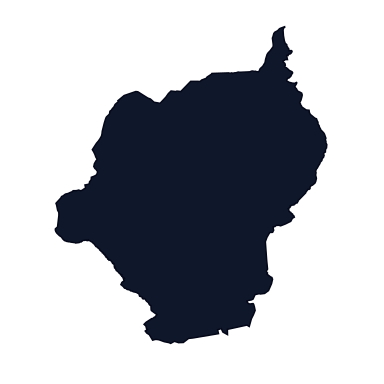 the district of Salciua, Alba, Romania, rotated 80°
{"feature_id": "2599482B68238246130084", "entity_name": "Salciua", "entity_type": "district", "adm_level": 2, "iso_a3": "ROU", "parent_name": "Romania", "parent_adm1": "Alba", "projection": "albers", "projection_center": [23.391, 46.392], "detail": "fine", "context": "isolated", "style": "filled", "palette": "ink", "viewbox_px": 384, "rotation_deg": 80, "n_neighbors": 0, "source": "geoboundaries", "source_scale": "gbopen_adm2", "svg_char_len": 5891}
<svg xmlns="http://www.w3.org/2000/svg" viewBox="0 0 384 384"><g transform="rotate(80 192 192)"><path d="M314.0,262.2L316.0,260.7L318.8,260.5L319.6,259.8L320.2,260.8L320.7,261.2L320.8,261.5L320.5,261.6L320.8,262.2L323.0,261.1L325.1,258.8L331.1,256.5L330.8,253.8L331.1,252.2L331.8,250.2L334.6,245.3L336.4,240.7L337.4,239.3L336.0,235.3L337.8,231.8L338.0,231.6L338.7,226.7L335.6,220.8L335.9,216.4L336.1,190.5L332.1,190.7L331.6,186.9L335.3,185.9L338.6,181.8L333.4,181.0L332.6,161.0L334.4,159.0L327.1,155.5L323.6,152.9L319.6,150.4L315.8,150.5L313.3,150.8L312.8,151.0L312.5,151.3L312.6,151.5L312.4,152.2L312.4,154.1L312.0,155.3L311.4,155.9L310.5,156.6L308.9,156.8L308.6,154.6L308.6,152.3L308.1,150.5L304.0,147.7L303.8,143.6L304.3,142.4L304.5,138.1L302.4,133.8L296.1,129.6L291.8,127.8L290.7,128.2L290.1,128.1L289.2,129.4L285.9,132.4L284.9,131.7L283.9,132.4L282.6,132.4L281.1,131.0L272.1,130.3L253.7,128.4L249.7,126.1L245.4,122.5L245.7,119.6L243.8,118.2L241.9,118.3L240.3,118.0L240.5,116.5L239.5,114.8L239.9,112.3L240.7,110.6L239.7,105.6L238.0,99.8L235.3,97.7L234.6,95.6L233.0,95.9L231.7,97.0L231.1,96.9L230.3,97.9L229.2,98.3L228.6,99.2L227.5,99.9L226.5,99.7L225.2,100.2L224.9,99.3L224.1,98.6L224.2,98.3L223.4,97.5L222.7,97.6L222.4,97.3L222.5,96.6L222.2,96.2L222.4,95.6L222.1,94.7L222.5,94.0L221.8,93.5L221.8,92.9L221.5,92.8L221.4,92.3L220.8,91.7L220.8,91.3L221.1,90.8L220.8,90.1L220.2,89.9L219.7,89.2L218.7,89.0L218.2,88.0L212.6,80.2L211.9,79.9L209.5,77.3L209.7,76.1L209.2,75.2L207.8,75.0L206.3,73.4L206.2,72.2L204.6,69.4L203.0,68.3L200.1,67.1L196.8,67.3L194.6,66.5L192.9,66.6L191.0,65.5L190.2,64.5L188.4,63.1L186.2,61.1L185.1,60.7L183.6,58.7L181.7,57.9L180.6,56.4L178.7,55.5L177.4,55.9L176.4,55.2L175.8,53.7L173.9,53.3L172.4,52.6L172.0,51.9L168.7,51.0L166.7,51.6L165.5,51.3L163.6,51.6L162.3,50.8L158.0,51.5L156.5,52.1L153.1,54.4L152.2,54.5L150.3,55.2L148.7,55.3L147.0,56.1L145.1,55.8L143.8,56.3L141.5,56.7L140.6,58.2L136.1,62.0L134.1,62.6L131.8,62.5L131.1,65.2L127.4,69.0L126.1,69.3L124.9,70.0L124.3,69.8L122.9,70.5L120.4,68.7L117.2,67.2L115.6,66.6L113.7,66.8L112.7,67.9L111.4,69.9L110.4,70.7L108.8,71.1L106.8,72.3L105.8,72.3L103.4,70.2L102.4,69.9L102.2,70.1L102.8,71.9L102.3,74.0L100.8,77.3L99.1,79.3L98.1,79.3L97.1,78.4L96.3,77.5L96.6,77.1L96.5,76.5L95.1,74.5L93.3,73.3L92.5,72.4L92.1,72.2L90.9,72.6L89.2,75.0L87.0,76.6L86.0,77.5L85.6,78.3L85.1,78.6L83.9,78.8L83.5,78.1L81.8,78.1L81.0,78.5L80.1,79.6L78.5,79.5L78.6,78.5L77.8,77.2L78.2,75.0L74.2,75.1L73.9,74.7L74.3,73.7L73.6,73.3L73.1,72.6L73.1,71.4L72.6,70.4L71.2,69.1L70.3,69.2L70.0,69.5L69.7,71.9L67.6,71.9L66.9,72.4L65.8,72.7L65.1,73.2L63.3,73.1L62.5,73.7L62.1,74.3L59.1,74.8L53.9,74.8L48.3,74.2L46.3,73.2L45.9,72.1L45.3,72.1L46.1,76.5L46.4,77.5L48.0,79.6L49.0,82.7L50.1,83.9L52.9,85.2L54.4,86.1L60.6,86.4L62.0,86.6L63.0,86.9L66.3,90.3L68.2,92.9L69.6,94.2L73.9,96.4L77.2,97.6L80.5,100.5L82.4,103.5L84.6,104.9L85.2,105.7L84.7,107.5L84.1,108.5L84.0,110.0L83.4,111.1L83.3,112.4L83.7,114.2L82.4,124.1L81.9,125.7L82.2,127.8L82.0,129.9L82.4,131.5L81.6,132.0L81.7,134.0L81.1,135.1L78.7,151.8L79.4,152.5L81.4,157.2L82.5,158.2L83.4,163.1L84.5,164.7L82.8,174.1L91.1,185.6L90.0,189.4L90.3,190.5L88.9,195.1L90.9,198.1L94.0,201.2L99.1,208.0L97.0,213.8L93.2,216.8L91.8,219.2L83.9,227.9L83.3,229.9L85.2,242.1L89.2,249.1L89.9,248.7L90.6,249.5L92.4,252.5L94.4,253.9L95.1,254.6L95.8,255.7L97.4,257.2L98.2,258.8L101.0,259.8L103.2,263.2L104.4,264.1L108.9,266.4L116.5,269.8L119.3,270.6L121.3,271.5L123.7,273.5L125.7,275.5L127.4,277.6L133.0,282.8L135.5,281.8L138.5,281.0L140.7,280.7L143.2,279.8L143.8,280.1L144.8,281.3L147.3,283.3L149.2,284.0L149.6,284.3L151.1,283.9L152.2,283.4L152.7,282.8L155.1,281.6L155.9,281.5L157.9,282.6L158.6,283.2L159.4,285.4L160.0,288.6L162.3,289.1L164.4,291.3L166.0,291.6L166.4,293.1L166.5,296.2L168.4,296.1L169.9,296.4L170.3,298.1L171.1,299.6L171.4,300.9L171.3,301.8L170.4,303.2L170.6,305.5L170.1,308.8L171.1,310.5L171.2,311.6L171.9,314.2L172.1,317.1L173.5,319.8L173.8,321.2L175.1,322.2L179.5,327.9L181.5,327.6L186.6,327.5L188.6,326.8L189.7,326.8L192.0,327.2L203.1,330.5L204.5,332.9L205.7,333.2L207.3,333.0L209.1,332.2L212.0,330.1L213.6,328.4L215.8,327.4L217.6,326.1L217.8,325.6L218.2,325.3L218.2,324.6L218.9,324.0L218.9,323.4L219.4,322.8L219.9,320.8L220.2,320.3L221.7,315.7L222.0,315.5L222.2,311.9L221.7,310.6L222.0,310.0L221.4,309.1L221.4,308.7L220.9,308.2L220.8,306.8L221.0,306.1L220.7,305.6L221.1,304.9L221.0,304.3L221.7,303.8L221.7,303.3L221.0,302.8L221.0,302.5L221.7,302.3L222.1,301.6L222.3,300.7L223.0,300.3L223.6,299.7L223.7,299.2L225.5,298.1L226.3,297.3L229.0,296.1L229.7,294.9L230.2,294.8L230.4,294.3L231.0,294.2L232.1,293.0L233.0,293.0L233.8,292.3L234.6,291.8L235.6,290.7L236.2,290.9L236.7,290.3L236.7,289.9L237.3,289.9L238.1,289.5L238.6,289.0L238.6,288.5L239.4,288.7L239.7,288.4L240.1,288.4L240.6,287.7L241.1,288.0L241.4,287.8L241.4,287.3L241.7,287.0L242.6,286.9L242.7,286.5L243.5,286.6L243.7,285.9L244.8,285.6L244.8,284.4L245.7,283.7L246.8,283.3L247.2,282.7L247.8,282.3L248.1,282.7L248.6,282.6L249.2,281.3L249.7,281.5L251.3,281.2L251.8,281.4L251.8,280.9L252.0,280.8L253.3,281.4L253.7,281.1L253.7,280.7L254.1,280.5L254.7,280.6L255.3,280.3L256.2,280.2L256.6,279.8L256.7,279.5L258.6,278.1L259.3,277.9L260.2,276.9L261.2,276.7L261.0,275.9L261.3,275.4L262.8,275.8L263.4,275.2L263.9,274.9L264.7,274.8L264.8,273.8L265.1,273.6L265.2,274.0L265.2,274.4L266.7,274.6L267.5,274.0L268.0,274.5L268.4,275.9L268.9,276.8L270.9,278.1L271.5,277.4L272.3,276.9L272.8,276.3L274.9,275.2L275.4,274.0L276.7,272.8L277.6,270.4L278.7,269.6L279.2,268.2L280.0,267.2L281.2,264.3L283.1,262.0L285.5,261.7L286.1,260.5L287.0,259.3L288.2,259.3L288.5,259.1L288.9,258.4L288.7,257.6L288.7,257.2L289.0,257.0L291.7,255.7L293.3,254.2L295.4,253.6L296.2,253.0L296.5,252.4L296.9,252.2L300.8,252.7L301.7,252.6L306.7,247.8L308.1,249.5L309.1,250.0L308.7,250.8L309.7,252.3L309.7,253.7L312.3,259.8L314.0,262.2Z" fill="#0f172a" stroke="#020617" stroke-width="1.5"/></g></svg>